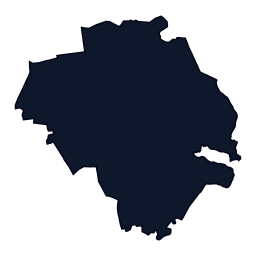 the district of Saukas pag., Viesites, Latvia
{"feature_id": "27541924B65638729779060", "entity_name": "Saukas pag.", "entity_type": "district", "adm_level": 2, "iso_a3": "LVA", "parent_name": "Latvia", "parent_adm1": "Viesites", "projection": "mercator", "projection_center": [25.443, 56.28], "detail": "fine", "context": "isolated", "style": "filled", "palette": "ink", "viewbox_px": 256, "rotation_deg": 0, "n_neighbors": 0, "source": "geoboundaries", "source_scale": "gbopen_adm2", "svg_char_len": 5797}
<svg xmlns="http://www.w3.org/2000/svg" viewBox="0 0 256 256"><path d="M227.9,187.2L228.4,187.0L229.0,186.3L229.9,185.1L230.0,185.1L230.7,183.5L230.9,182.9L231.3,181.9L231.9,180.4L232.5,179.7L233.2,176.7L233.8,176.0L234.0,175.0L234.0,174.6L233.0,173.0L232.8,171.3L232.9,170.4L232.7,169.4L232.0,168.7L230.4,167.6L228.6,167.3L226.9,166.7L225.1,164.9L223.5,164.3L221.3,163.9L219.9,163.5L219.3,163.6L219.2,163.8L218.0,163.7L217.6,163.5L217.0,163.5L215.9,162.9L214.2,162.4L213.4,162.0L211.4,162.4L210.8,162.3L208.4,161.1L207.6,160.5L205.1,158.1L204.9,157.7L203.0,156.8L202.1,156.6L201.6,156.6L200.9,157.0L199.9,157.3L199.4,157.7L197.9,157.3L197.3,157.4L196.6,157.3L196.1,157.0L195.0,156.0L194.7,155.5L194.1,155.2L193.9,154.8L193.7,153.8L193.6,153.5L193.2,153.1L192.6,152.7L193.7,152.5L194.3,152.7L194.6,152.5L194.9,152.5L195.3,152.3L195.5,152.3L195.5,152.0L195.8,152.0L195.9,152.3L196.0,152.3L196.6,152.0L196.6,152.4L196.8,152.4L197.3,151.8L197.8,151.7L198.1,151.8L198.3,151.6L198.5,151.7L198.9,151.7L199.1,151.7L199.3,151.6L199.5,151.8L199.8,151.5L199.8,151.1L200.4,150.8L200.7,150.1L200.5,149.3L200.7,148.9L200.6,148.7L200.4,148.4L200.8,148.0L200.9,147.8L201.0,147.6L200.6,146.7L201.0,146.3L201.2,146.0L201.3,145.6L201.3,145.4L201.3,145.2L202.1,145.3L202.3,145.0L202.8,145.5L203.1,145.4L203.7,146.3L203.9,146.0L204.3,146.1L204.7,145.9L205.3,146.1L205.3,145.9L205.2,145.8L205.3,145.5L205.6,145.8L206.1,145.8L206.2,145.4L206.4,145.0L206.5,145.1L207.1,145.3L208.2,146.2L208.5,146.5L209.4,147.8L210.1,148.5L210.8,148.9L211.6,149.1L214.1,149.3L216.7,149.9L218.4,150.8L219.0,151.2L220.0,151.6L221.9,151.8L223.2,151.6L225.3,152.4L225.4,152.0L226.6,152.6L227.7,153.3L229.4,154.1L229.6,155.9L229.6,156.3L230.3,157.3L230.2,157.6L230.3,159.7L230.4,161.2L232.7,160.0L237.9,159.2L238.6,160.5L240.6,158.8L240.2,156.3L239.5,156.2L239.1,156.0L236.4,153.9L236.2,153.3L236.2,151.2L236.2,150.5L235.5,149.0L235.2,147.8L235.3,147.5L235.5,147.0L236.5,144.1L237.1,143.0L237.1,142.6L236.9,141.9L235.4,141.3L234.9,141.2L234.1,140.3L232.7,140.6L231.9,140.4L230.1,139.0L231.0,136.6L230.9,134.7L231.0,134.0L232.0,132.0L232.4,131.2L233.3,129.8L233.9,128.5L234.7,127.2L235.0,126.6L235.1,125.9L235.2,125.3L235.2,123.9L235.7,121.2L235.9,120.5L236.7,118.5L237.0,117.4L237.1,116.1L237.0,115.3L236.9,114.6L236.3,113.2L235.9,112.5L233.4,109.4L232.6,107.3L232.8,107.3L232.7,106.9L232.4,106.5L230.6,103.8L228.0,98.7L227.6,98.2L226.8,97.2L224.7,95.8L222.9,94.0L220.8,92.7L220.2,92.1L219.2,90.8L217.2,86.9L216.8,85.9L216.2,83.6L216.1,83.0L216.1,82.4L216.7,80.3L216.6,79.9L208.5,76.0L200.9,72.5L200.0,71.8L198.0,67.5L196.9,64.9L196.2,63.6L191.2,52.4L189.5,49.0L188.5,46.9L187.3,43.5L185.8,39.6L185.1,38.1L183.2,38.2L179.3,37.7L177.2,37.7L177.0,37.9L176.5,39.2L176.1,39.4L174.3,39.6L172.7,39.4L169.3,42.4L165.4,42.1L160.7,39.4L160.4,39.2L160.3,38.9L160.3,36.2L160.2,35.9L159.0,34.3L159.8,31.8L159.7,31.4L160.0,31.4L167.1,26.9L167.3,26.7L167.4,26.3L167.2,23.6L167.0,23.4L167.1,23.2L167.0,21.8L163.0,17.6L161.2,16.5L161.1,16.3L155.6,18.3L149.6,22.6L148.0,22.4L142.9,22.0L139.2,21.8L138.3,21.7L135.8,20.3L134.2,21.2L133.5,21.4L130.7,20.3L130.3,20.4L129.6,20.8L128.9,21.1L123.8,21.1L123.4,21.5L122.8,22.4L121.6,24.3L119.5,26.4L119.1,26.5L118.5,26.4L109.7,21.8L109.3,21.7L108.7,21.8L107.1,21.5L106.0,21.5L96.2,24.9L90.0,28.0L88.8,28.4L88.0,28.4L83.4,27.9L81.6,27.3L81.5,27.5L84.8,51.9L80.9,52.5L66.6,54.3L57.0,55.6L57.7,58.0L57.0,58.1L56.8,58.0L56.4,58.3L53.8,59.0L48.7,60.4L46.6,60.7L39.2,62.8L32.7,63.5L29.6,61.7L29.7,66.6L30.1,71.7L29.8,73.4L26.2,81.2L21.5,91.4L18.5,97.5L17.0,101.0L15.4,105.2L15.6,108.6L16.1,108.4L16.2,108.6L17.9,107.9L20.3,107.9L23.7,110.3L22.2,115.3L23.2,117.7L23.5,119.7L34.1,118.4L33.7,122.9L47.0,124.5L47.6,128.4L47.8,129.3L48.5,130.9L48.9,131.0L53.4,130.4L53.3,134.3L50.7,134.6L48.7,135.2L48.6,135.4L48.2,136.4L48.2,138.5L47.0,139.8L46.7,141.7L46.7,142.0L47.3,144.0L48.3,143.7L48.7,143.4L49.8,143.1L50.9,143.1L53.1,141.4L58.3,149.6L62.5,156.3L62.6,156.6L63.5,157.6L63.8,158.7L64.4,159.9L68.3,165.5L68.4,165.9L68.9,166.5L70.7,169.4L71.5,171.3L71.9,171.7L73.3,174.4L78.0,169.9L79.1,169.1L83.7,166.5L89.5,166.7L94.3,166.6L96.4,166.8L96.9,169.9L97.7,174.1L98.7,181.4L106.4,195.8L108.1,195.9L110.8,196.6L118.4,199.8L118.0,202.3L117.5,207.8L118.2,213.9L118.8,215.9L119.6,220.2L120.4,224.2L121.9,228.9L122.3,228.8L123.3,229.0L123.7,228.8L124.7,228.3L125.0,228.2L125.6,228.3L126.1,228.6L126.0,229.1L125.5,230.1L125.5,230.3L125.8,230.9L126.3,231.3L128.0,230.8L129.3,230.0L130.2,229.4L130.5,228.9L130.6,228.3L131.2,226.5L131.6,225.8L132.0,225.3L132.5,225.1L133.8,224.7L135.0,224.7L135.8,225.1L136.7,226.2L137.0,226.3L137.6,226.2L138.0,225.9L139.3,225.7L140.0,225.7L141.0,226.0L141.6,226.5L142.0,227.0L142.2,227.6L142.2,229.0L142.1,231.3L142.2,231.6L142.7,231.9L145.5,233.1L146.2,233.5L147.7,234.7L148.1,234.8L148.5,234.7L149.1,234.3L150.1,232.8L150.5,232.5L151.5,232.5L153.1,232.7L153.6,232.6L154.2,232.2L154.9,230.8L155.3,230.4L155.8,230.3L156.0,230.4L156.7,231.2L157.6,233.5L157.9,234.7L157.8,235.0L157.0,236.2L156.7,237.3L156.5,238.3L156.7,238.7L157.7,239.5L159.0,239.7L159.8,239.5L163.2,236.6L165.1,235.7L167.8,234.8L169.1,234.6L169.6,234.3L170.2,233.7L170.6,233.0L170.9,230.1L170.9,229.7L170.5,229.2L170.1,229.0L168.5,228.5L167.9,228.5L167.3,228.2L166.7,227.7L166.6,227.0L166.8,226.4L170.8,221.5L171.1,221.2L171.9,221.2L172.2,221.5L173.1,223.3L173.4,223.7L174.9,223.6L175.3,223.4L175.5,222.9L175.5,222.5L174.5,219.6L174.5,219.1L174.7,218.8L175.0,218.6L177.0,218.0L178.1,218.1L179.4,218.8L181.7,219.7L183.3,217.0L189.2,206.1L196.5,196.7L198.8,193.5L200.8,191.8L202.1,189.7L202.3,189.4L202.6,188.7L205.2,184.8L205.6,183.9L210.6,184.0L212.9,183.7L216.8,183.7L218.0,184.3L219.4,184.8L220.0,184.6L220.3,184.7L221.3,185.3L222.8,186.4L224.6,186.9L226.4,187.6L227.9,187.2Z" fill="#0f172a" stroke="#020617" stroke-width="1.5"/></svg>